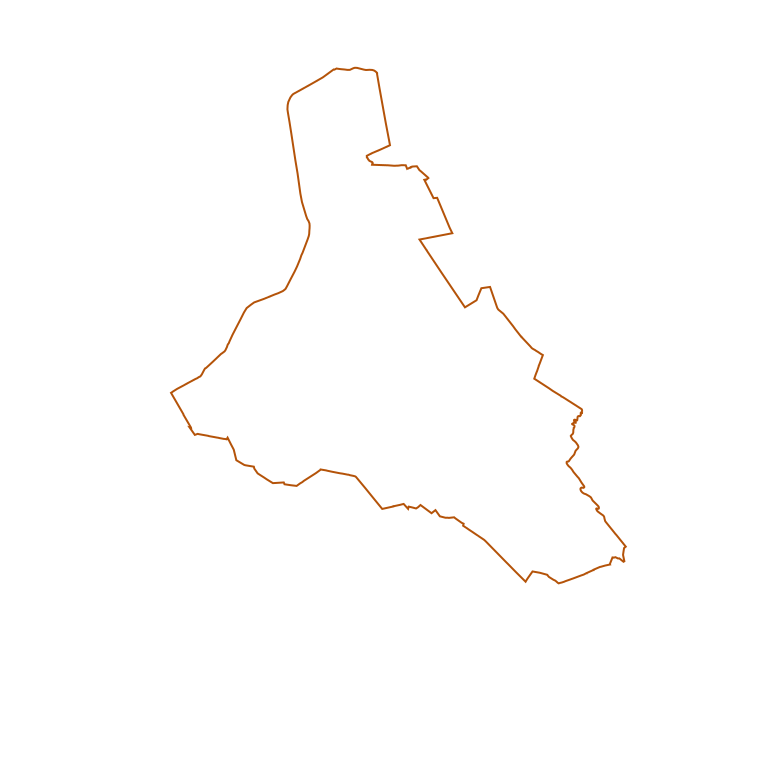 outline of Gaigalavas pag., Rezeknes, Latvia, rotated 53°
{"feature_id": "27541924B98236726322583", "entity_name": "Gaigalavas pag.", "entity_type": "district", "adm_level": 2, "iso_a3": "LVA", "parent_name": "Latvia", "parent_adm1": "Rezeknes", "projection": "robinson", "projection_center": [27.105, 56.746], "detail": "fine", "context": "isolated", "style": "outline", "palette": "amber", "viewbox_px": 768, "rotation_deg": 53, "n_neighbors": 0, "source": "geoboundaries", "source_scale": "gbopen_adm2", "svg_char_len": 6078}
<svg xmlns="http://www.w3.org/2000/svg" viewBox="0 0 768 768"><g transform="rotate(53 384 384)"><path d="M263.4,552.1L263.0,557.0L263.0,557.8L262.9,559.4L287.5,562.4L287.9,562.7L288.1,562.7L302.7,564.4L302.9,564.5L301.7,565.4L310.8,565.7L311.7,562.8L312.7,562.0L317.0,558.0L318.5,556.6L319.7,555.5L320.1,555.3L321.1,554.4L324.0,551.7L326.2,549.7L327.1,548.8L328.1,548.0L331.5,544.9L332.1,544.1L333.5,543.0L333.6,542.8L333.4,542.4L332.9,541.7L332.7,541.2L340.5,542.6L346.0,543.5L356.0,547.8L364.6,544.3L365.7,543.4L371.7,537.7L373.5,538.5L379.3,538.7L380.2,538.4L383.2,537.3L386.4,536.1L389.6,535.0L396.3,532.4L402.3,523.3L404.2,523.8L408.7,519.4L412.8,515.1L412.9,510.6L413.2,508.3L413.1,506.4L414.2,491.9L414.3,486.1L414.2,486.0L418.2,482.2L419.0,481.6L422.8,478.3L428.9,472.8L430.6,471.1L434.5,467.6L435.1,466.9L436.3,466.1L439.0,463.7L440.3,462.7L440.9,462.4L441.5,462.3L443.3,462.2L456.1,461.6L470.0,461.1L482.7,460.6L487.5,450.1L487.3,449.9L487.5,449.7L490.0,444.3L491.6,440.5L498.2,439.9L496.9,438.3L496.8,438.1L497.0,437.9L500.0,435.4L502.7,433.3L502.9,431.0L502.6,427.7L515.8,423.8L515.7,418.8L523.3,419.0L527.8,415.4L528.8,414.0L530.0,412.7L532.7,408.2L534.1,407.9L541.6,405.5L543.5,404.5L544.8,406.1L568.8,397.8L570.5,397.5L600.4,393.6L602.4,393.3L610.1,392.3L613.9,391.8L627.1,389.9L626.2,387.7L625.4,385.4L623.1,378.2L628.6,373.1L634.7,368.4L635.2,368.5L637.3,368.4L641.0,367.0L642.3,366.5L644.2,365.5L646.0,365.1L647.2,364.9L648.4,364.4L648.6,363.6L649.6,361.3L650.4,358.9L650.6,357.9L652.4,352.3L652.5,351.8L652.9,350.7L655.6,341.6L656.4,339.2L656.9,336.0L657.1,335.9L657.0,335.7L658.5,329.0L658.7,328.7L658.4,328.5L660.1,321.5L660.4,321.0L660.6,320.5L662.1,316.6L664.1,312.3L663.9,312.3L660.1,306.0L660.6,305.8L660.8,304.9L661.1,304.7L661.6,303.4L664.2,302.1L664.9,301.0L670.1,299.7L670.2,298.7L665.3,296.4L664.3,295.9L662.1,293.7L659.5,291.0L659.4,288.8L643.9,289.3L643.4,289.4L627.6,289.9L626.9,289.9L626.4,289.8L623.9,288.8L622.8,288.2L622.2,288.1L621.3,288.0L620.8,288.1L617.7,289.1L615.6,289.7L614.5,290.0L613.3,290.1L612.7,290.0L611.7,289.8L611.3,289.5L611.3,289.3L611.4,289.0L612.5,288.2L612.7,287.7L612.7,287.4L612.2,286.9L611.7,286.6L610.9,286.4L610.5,286.4L609.5,286.5L602.6,287.5L599.2,287.0L598.6,287.1L597.0,287.6L594.9,288.5L593.7,289.0L592.2,290.0L591.5,290.4L589.9,290.9L588.2,291.0L587.5,290.9L586.6,290.6L586.1,290.3L585.7,289.9L585.6,289.6L585.6,289.1L585.7,288.6L585.8,288.3L586.8,287.4L587.0,287.1L587.0,286.7L587.0,286.3L586.8,286.0L586.1,285.7L581.5,285.6L578.6,285.3L576.5,285.1L574.6,285.3L568.9,285.6L568.0,285.6L565.9,285.4L564.1,285.4L562.9,285.5L560.6,286.0L559.9,286.0L558.5,286.0L557.2,285.8L556.5,285.3L556.2,285.0L556.2,284.7L556.2,284.4L556.9,283.3L556.9,283.1L556.9,282.9L556.7,282.3L556.3,281.1L555.9,280.0L555.5,278.2L554.9,275.0L554.7,274.4L554.3,273.8L552.7,271.3L552.4,270.0L552.1,268.1L551.7,267.2L551.4,266.8L551.1,266.5L550.6,266.3L549.5,266.0L548.8,266.0L546.2,265.9L544.3,266.2L542.6,266.7L541.4,266.7L539.6,266.5L537.9,266.1L537.5,264.6L537.5,263.7L537.4,263.2L537.1,262.7L536.7,262.1L534.4,260.2L533.7,259.2L533.3,259.0L533.2,258.3L532.8,257.6L532.3,257.3L531.9,257.0L531.1,257.1L530.5,257.3L529.8,257.8L529.3,257.9L529.1,257.8L529.1,257.6L529.1,257.2L529.4,256.6L529.4,256.3L529.4,256.0L528.9,255.6L528.9,255.4L530.3,254.3L530.0,253.9L529.8,253.8L529.1,253.9L528.5,253.9L528.0,254.2L527.7,254.2L527.3,254.1L527.2,254.0L527.1,253.7L527.3,253.1L528.1,252.5L528.7,252.2L529.2,251.9L529.2,251.5L527.9,250.2L527.0,249.4L526.6,248.8L526.6,248.3L526.7,247.9L527.1,247.5L527.6,247.0L527.6,246.7L527.3,246.4L527.1,245.9L527.3,245.6L526.9,245.1L525.7,244.5L525.5,244.3L525.5,244.1L525.8,243.7L526.3,243.3L526.1,243.1L525.3,243.1L525.1,242.9L524.8,242.0L523.7,241.4L523.0,241.3L502.3,249.0L500.9,249.7L500.7,249.9L500.2,249.9L499.9,249.9L491.0,253.4L486.7,254.8L470.2,260.8L468.1,257.7L466.2,254.7L466.1,254.4L462.9,249.7L462.7,249.6L461.4,247.4L456.5,239.7L454.4,240.6L451.1,241.7L449.2,242.5L447.9,242.9L445.4,244.0L444.5,244.3L443.9,244.4L442.0,244.5L431.1,245.7L429.1,245.8L429.1,246.0L419.3,246.2L415.5,246.1L399.7,246.4L393.5,247.9L392.7,247.9L391.2,247.7L370.3,240.9L366.1,248.6L370.0,255.2L372.8,259.7L371.5,273.2L330.5,271.1L304.3,269.6L303.4,269.5L303.1,269.4L303.0,269.5L290.0,268.7L304.7,238.7L298.6,237.5L274.4,231.3L267.3,229.5L265.4,232.6L245.2,228.9L246.1,227.0L246.3,227.0L246.2,224.6L245.9,224.6L236.5,226.5L234.5,227.0L229.9,226.7L227.4,230.5L227.5,230.6L226.9,232.0L227.1,232.1L227.3,232.4L227.3,232.6L226.8,233.4L226.6,234.0L226.6,234.5L226.5,234.9L226.4,235.2L226.0,235.6L226.0,236.0L222.4,235.0L219.8,238.3L218.3,241.0L215.8,244.6L211.9,249.0L207.3,254.7L201.7,261.6L201.1,260.9L201.2,260.5L201.1,260.3L200.4,259.9L200.0,259.9L199.7,259.9L199.1,260.3L198.6,260.5L197.9,260.9L196.9,261.4L196.2,261.3L195.4,261.5L193.1,261.1L192.8,261.2L192.7,261.3L191.4,260.4L192.5,254.3L194.6,245.9L196.9,235.5L176.2,225.3L145.3,209.7L131.7,202.7L131.6,202.4L131.2,202.3L129.2,202.7L127.6,203.3L126.1,204.4L125.0,205.7L124.4,206.4L122.4,209.4L120.9,210.8L115.4,215.2L114.2,216.6L113.7,217.4L113.3,218.7L113.0,220.1L112.6,222.1L112.1,222.9L110.9,224.4L109.2,226.1L106.2,229.4L104.1,231.5L103.5,232.0L103.1,234.4L102.5,234.9L102.3,248.4L101.8,252.4L100.5,262.6L97.8,281.9L98.0,283.6L98.8,286.3L101.1,290.6L103.3,293.1L106.5,295.8L109.4,297.4L117.9,301.8L128.4,307.4L152.1,320.2L163.8,326.3L181.6,336.2L189.3,340.0L202.8,345.0L206.0,346.0L208.4,346.2L210.9,346.9L212.8,348.1L214.8,349.7L216.7,351.4L219.2,353.5L220.6,355.1L222.5,357.9L230.2,370.1L231.5,372.6L233.6,375.6L237.8,382.7L240.4,387.7L244.0,395.3L247.6,402.7L248.8,405.4L248.9,406.9L248.9,408.9L247.8,413.9L246.7,417.5L243.7,428.9L240.7,438.6L240.6,442.4L240.7,448.0L242.6,452.8L246.3,460.3L248.4,464.7L253.5,475.3L256.9,481.6L258.1,483.6L258.3,484.6L258.8,485.6L259.9,487.1L261.6,490.4L262.0,491.7L262.0,495.0L261.9,496.0L263.2,507.2L263.8,513.2L264.0,515.3L264.1,516.3L263.9,517.6L264.5,519.1L266.7,523.7L267.2,525.4L267.4,526.1L267.0,528.0L267.0,529.5L266.5,531.7L265.2,540.1L264.4,545.8L263.4,552.1Z" fill="none" stroke="#b45309" stroke-width="2"/></g></svg>